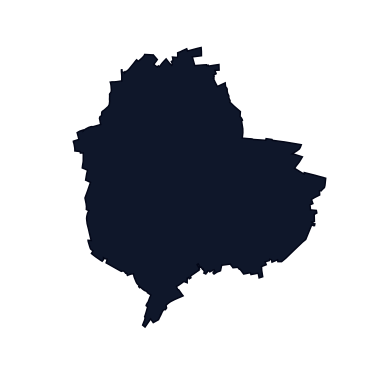 Yen My, Hưng Yên, Vietnam, rotated 194°
{"feature_id": "81297802B77847273364040", "entity_name": "Yen My", "entity_type": "district", "adm_level": 2, "iso_a3": "VNM", "parent_name": "Vietnam", "parent_adm1": "Hưng Yên", "projection": "robinson", "projection_center": [106.034, 20.895], "detail": "fine", "context": "isolated", "style": "filled", "palette": "ink", "viewbox_px": 384, "rotation_deg": 194, "n_neighbors": 0, "source": "geoboundaries", "source_scale": "gbopen_adm2", "svg_char_len": 6031}
<svg xmlns="http://www.w3.org/2000/svg" viewBox="0 0 384 384"><g transform="rotate(194 192 192)"><path d="M317.8,221.8L314.4,215.7L319.4,212.6L319.1,211.7L318.5,210.9L317.8,209.5L316.4,206.3L315.8,204.4L315.6,203.5L310.4,204.2L309.7,202.8L307.0,203.6L306.3,201.0L305.7,198.5L305.0,195.7L304.8,193.9L304.6,191.2L304.3,188.8L303.6,188.7L301.9,188.5L299.3,188.0L298.6,187.9L298.6,187.1L298.6,184.2L298.1,177.8L292.8,176.8L293.6,167.7L294.4,160.3L291.8,154.8L290.9,152.4L290.3,149.5L288.8,149.2L287.6,149.0L287.8,148.2L287.9,147.4L288.2,146.1L288.2,145.1L288.2,143.3L288.1,142.2L287.9,140.9L287.5,139.7L287.1,138.6L286.6,137.4L286.3,136.4L285.6,135.0L284.7,133.3L283.5,131.1L281.7,127.5L279.4,123.0L278.0,120.6L281.2,120.0L281.0,119.4L280.1,117.8L277.9,114.1L276.7,112.3L275.7,111.7L273.8,111.0L274.3,109.3L274.7,108.0L273.4,107.4L271.6,106.6L269.5,105.7L266.8,104.7L264.5,103.8L262.4,103.1L261.5,105.0L262.0,106.8L260.7,106.3L258.1,106.3L258.0,105.3L258.1,103.8L258.2,102.5L257.5,102.3L245.9,99.1L241.4,97.9L239.6,98.9L238.0,98.2L236.7,97.1L236.0,97.4L235.2,96.9L235.0,96.0L234.4,95.5L234.2,95.7L232.5,96.9L231.2,97.7L229.6,98.2L229.0,98.5L228.1,96.6L227.7,95.8L226.9,94.6L224.4,91.2L223.4,90.1L222.3,89.3L220.6,88.4L220.8,87.3L219.7,86.5L218.9,87.2L216.3,85.8L214.4,85.0L212.5,84.7L211.7,84.6L210.9,83.5L208.9,82.8L207.9,82.5L207.0,82.1L207.1,81.0L207.5,78.8L207.7,76.8L207.9,75.3L208.0,74.6L208.4,73.7L208.6,72.9L208.9,72.0L209.0,70.6L208.2,70.3L207.4,70.0L207.3,69.1L207.4,65.0L207.5,63.2L207.6,61.1L207.8,59.5L207.3,59.0L207.1,58.6L207.0,57.9L207.0,56.9L207.0,55.9L207.2,54.8L207.7,50.9L204.9,49.6L201.4,58.9L198.0,55.9L193.6,60.0L193.3,61.9L192.5,65.3L192.9,65.5L192.7,66.3L192.3,66.4L191.9,68.6L191.4,70.1L191.1,70.8L190.5,71.1L189.9,71.3L189.5,71.3L189.3,71.5L188.6,73.4L189.0,74.0L189.8,75.8L188.7,77.5L187.8,78.7L186.6,80.1L186.0,80.7L182.8,83.5L179.3,86.2L176.9,88.0L175.5,89.1L175.7,89.3L176.9,90.1L178.1,91.2L181.3,93.9L182.1,93.8L183.6,95.6L184.2,96.6L182.6,98.1L179.4,101.8L178.3,103.2L174.7,102.8L175.4,105.4L175.7,107.3L174.7,108.2L173.7,107.1L172.3,108.5L173.1,110.0L172.7,110.6L172.0,111.4L170.8,112.7L169.4,114.3L168.5,115.3L167.7,116.3L166.3,117.7L166.8,118.4L166.1,119.0L167.4,120.5L168.7,121.7L169.5,122.8L168.6,123.8L167.2,122.4L165.9,120.8L165.1,121.5L163.1,119.6L162.7,120.1L160.6,117.5L160.9,116.2L158.8,115.8L158.6,116.5L158.4,117.3L158.0,117.4L157.8,118.2L157.3,119.6L156.7,119.5L156.0,119.2L155.4,118.8L153.3,120.7L151.9,121.9L151.5,121.5L151.1,121.2L150.7,120.8L152.0,119.4L152.0,118.8L151.7,118.2L151.1,117.8L150.7,117.8L148.7,120.0L148.4,120.3L147.3,121.1L146.0,121.9L145.3,122.5L145.5,128.1L137.4,131.3L136.1,130.2L135.0,129.4L133.9,128.4L129.4,130.0L127.4,128.5L126.8,128.7L124.9,127.3L123.7,126.3L122.0,124.9L117.4,127.1L115.8,127.7L114.8,126.2L111.0,127.9L108.6,129.1L108.3,129.1L107.7,128.3L106.1,124.9L102.9,126.9L105.4,132.8L106.5,136.5L102.4,139.4L104.2,142.0L100.5,144.1L100.4,145.5L98.5,145.5L97.4,143.3L92.6,146.9L91.8,145.2L88.2,146.1L84.9,150.6L78.7,160.6L72.7,170.1L70.2,173.4L67.9,189.3L67.1,189.0L66.1,188.7L65.0,189.0L65.1,190.8L66.0,190.7L67.0,190.9L68.5,191.7L66.1,193.0L68.0,199.8L65.8,201.8L66.9,204.2L68.2,204.0L72.7,203.3L73.7,206.2L74.3,207.4L74.3,208.2L71.9,210.0L74.3,213.7L71.6,216.4L68.9,218.7L67.4,220.0L68.6,224.0L68.0,224.2L66.9,224.4L66.3,225.7L64.6,228.4L64.6,230.6L65.6,237.7L77.0,238.0L86.8,238.0L87.8,238.0L87.7,236.5L88.5,236.7L98.2,239.8L97.4,242.1L95.1,247.3L93.4,252.8L101.4,253.3L104.1,253.2L100.1,257.4L98.2,259.8L97.7,261.6L97.4,264.3L102.7,263.9L114.0,263.0L126.4,261.6L127.1,262.3L133.0,261.7L133.0,260.0L145.2,257.8L146.5,258.0L148.0,257.8L150.1,257.4L152.7,257.0L154.6,256.7L156.3,256.4L156.6,259.0L157.0,261.8L158.0,265.6L161.1,272.9L160.4,273.7L160.8,274.4L161.6,275.3L162.0,275.7L162.9,276.4L163.6,276.7L164.5,281.7L168.1,283.5L172.4,285.7L175.6,287.6L177.0,288.1L177.0,288.6L177.0,289.3L177.2,289.9L177.6,290.4L178.3,291.2L178.8,291.9L179.1,292.5L179.3,293.1L179.4,293.8L179.7,294.4L180.1,294.9L180.6,295.5L181.3,296.3L181.8,297.4L182.3,298.5L182.5,299.3L182.7,300.1L183.0,300.7L183.5,301.3L184.2,301.7L185.0,302.6L185.4,303.6L186.2,305.9L192.9,300.5L196.2,304.2L198.4,307.0L198.8,307.4L198.2,307.9L198.9,309.2L198.5,309.7L199.5,310.7L197.2,312.6L199.2,315.6L195.2,316.8L196.7,322.2L200.9,320.5L206.5,318.1L206.8,318.9L208.3,318.2L208.6,319.0L211.9,318.0L219.9,315.3L224.4,323.2L221.7,324.2L215.8,326.5L216.9,330.7L218.1,334.4L221.8,332.5L230.5,327.7L231.8,329.7L235.8,326.5L236.9,325.5L239.6,323.6L238.9,321.2L238.7,319.9L239.0,318.9L241.0,318.6L243.6,318.2L242.7,316.3L242.3,314.7L243.1,314.1L243.6,313.7L242.3,312.0L241.9,311.1L242.3,309.9L245.3,311.7L249.3,314.9L250.8,312.3L252.1,309.8L253.4,306.8L253.9,305.6L255.2,306.2L256.0,304.9L258.4,305.8L259.9,306.6L259.4,308.0L258.3,310.5L257.7,312.1L262.8,315.7L263.3,315.5L269.2,314.4L271.2,314.0L271.3,313.2L271.5,312.5L272.0,311.5L273.1,309.6L274.7,307.3L275.8,305.8L276.7,306.3L277.7,306.9L278.1,306.2L278.8,304.7L279.7,302.6L282.9,295.8L283.2,295.2L285.5,292.3L286.1,291.3L286.4,292.2L286.8,291.6L287.8,291.6L289.0,291.6L289.2,292.4L289.5,293.6L290.0,293.5L289.9,292.8L289.6,291.7L289.2,290.6L288.2,287.6L287.8,286.0L287.3,283.9L287.0,282.8L289.4,281.8L290.4,281.4L292.4,280.6L293.1,280.4L293.8,280.1L294.6,279.9L295.4,279.7L296.3,279.5L297.2,279.1L297.9,278.8L297.6,278.4L297.0,277.3L296.4,275.9L295.9,274.5L295.5,273.2L295.0,271.7L294.8,270.8L294.7,270.1L294.7,269.6L294.9,268.9L295.3,267.9L295.6,267.2L295.6,266.7L295.4,266.3L295.2,265.4L294.9,264.2L294.5,262.2L293.8,260.0L293.6,258.4L293.4,256.9L293.6,256.0L294.0,254.6L294.6,253.8L295.9,251.8L297.2,250.0L298.2,248.9L298.7,248.2L298.8,247.5L298.7,246.6L298.5,245.5L298.2,244.7L298.3,244.1L298.6,243.7L299.4,243.0L299.6,242.2L299.6,241.1L298.8,239.5L296.9,235.4L303.8,231.4L304.4,231.3L305.1,231.2L306.0,230.8L307.0,230.2L307.8,229.7L308.6,229.0L309.4,228.3L310.1,227.7L311.2,226.5L311.6,225.9L312.1,225.2L312.1,225.3L312.4,225.9L313.1,225.5L314.3,224.7L315.6,223.9L317.8,221.8Z" fill="#0f172a" stroke="#020617" stroke-width="1.5"/></g></svg>